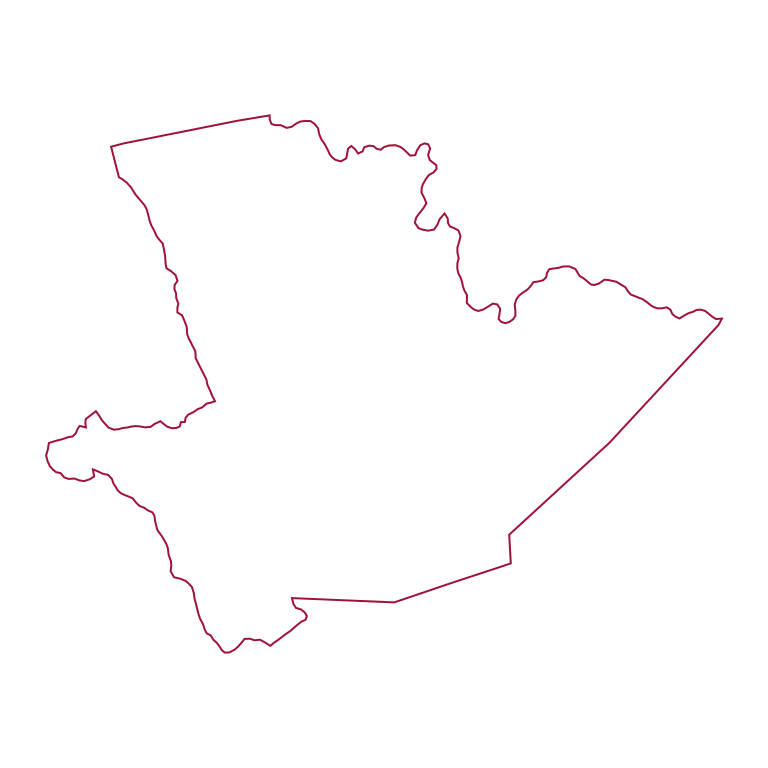 the district of Itaeté, Bahia, Brazil
{"feature_id": "56859067B39579225322319", "entity_name": "Itaeté", "entity_type": "district", "adm_level": 2, "iso_a3": "BRA", "parent_name": "Brazil", "parent_adm1": "Bahia", "projection": "orthographic", "projection_center": [-41.071, -13.094], "detail": "fine", "context": "isolated", "style": "outline", "palette": "rose", "viewbox_px": 768, "rotation_deg": 0, "n_neighbors": 0, "source": "geoboundaries", "source_scale": "gbopen_adm2", "svg_char_len": 4165}
<svg xmlns="http://www.w3.org/2000/svg" viewBox="0 0 768 768"><path d="M85.8,419.0L85.3,422.9L85.9,427.4L79.7,425.9L77.5,429.1L75.9,433.1L72.7,436.4L67.7,437.3L62.0,439.3L56.3,440.7L48.9,443.0L47.7,450.2L46.1,455.4L47.5,460.9L49.9,466.3L53.3,469.9L56.3,472.3L60.5,473.0L64.1,477.3L68.4,478.9L74.7,478.6L79.3,480.4L84.1,481.1L89.7,479.3L94.1,476.5L92.9,469.4L97.7,471.3L102.7,473.7L108.3,475.0L111.9,478.9L113.5,483.6L115.9,487.2L117.7,490.4L120.8,493.2L124.9,495.1L128.5,496.5L132.7,498.3L136.1,502.7L139.5,505.9L144.3,507.8L148.1,510.5L152.3,512.3L154.4,515.6L155.0,520.6L156.1,525.3L157.5,530.3L161.8,536.1L164.7,540.9L166.6,544.5L167.9,548.5L168.7,555.2L171.0,561.3L171.3,565.4L170.6,571.2L174.1,577.3L179.9,578.6L185.4,580.8L188.3,583.1L191.9,587.0L193.8,593.0L194.6,599.1L196.0,604.0L197.1,608.7L198.4,613.8L200.2,619.0L203.1,624.3L204.8,629.8L206.8,633.4L210.7,635.4L213.5,639.9L216.8,642.8L219.5,646.5L221.9,650.2L224.7,652.6L229.6,652.4L234.6,649.6L237.6,647.1L240.6,643.8L244.6,638.9L250.0,638.7L254.5,640.3L260.0,639.7L265.6,642.8L270.3,645.8L274.2,642.6L278.7,639.5L281.9,637.0L286.0,633.9L290.5,630.9L296.1,625.9L301.3,621.7L305.5,619.8L306.9,616.1L304.7,612.4L301.1,609.5L295.9,607.9L293.4,603.8L292.0,598.1L394.2,602.4L447.5,584.3L510.8,563.4L509.2,534.7L609.6,442.6L718.5,325.0L721.9,318.6L715.9,319.0L711.9,316.4L708.7,313.8L704.9,310.8L700.3,309.6L696.5,310.0L692.9,311.8L688.5,313.2L684.1,315.6L679.5,318.5L675.3,316.5L672.3,314.0L670.4,309.7L666.6,307.3L662.2,308.3L657.0,308.3L652.0,306.2L646.5,301.8L642.2,299.0L638.0,297.4L634.3,295.9L630.7,294.5L627.8,291.0L625.2,287.1L621.5,284.9L616.2,281.7L608.8,280.1L604.4,279.7L598.8,283.6L594.4,285.0L590.8,284.4L586.0,280.3L583.0,277.9L579.6,276.0L575.4,269.0L569.1,266.4L563.0,266.5L558.2,267.9L554.3,268.4L549.3,269.2L547.0,272.9L546.2,277.2L543.2,280.2L538.2,281.5L533.4,282.1L530.6,286.2L527.6,289.4L523.2,292.4L519.0,295.6L516.4,299.3L514.7,304.6L515.4,310.8L515.4,315.7L513.0,319.4L509.0,322.1L505.2,323.2L501.2,321.9L498.6,319.0L499.4,314.5L500.2,308.9L497.2,304.4L492.8,303.6L489.2,305.9L483.8,309.3L478.4,311.0L474.6,309.8L471.3,307.5L466.8,303.0L467.0,295.2L464.2,290.1L462.9,286.2L461.9,281.4L460.6,277.6L458.2,273.0L457.3,268.4L457.4,263.2L458.7,258.5L457.4,252.3L457.4,247.6L459.3,241.2L460.5,236.1L458.4,230.4L453.7,227.9L450.1,226.6L448.1,223.3L447.7,218.4L444.5,213.5L439.7,219.1L437.5,224.5L434.2,229.5L428.1,230.7L421.9,229.5L418.5,228.1L414.9,222.9L416.1,217.8L418.2,214.7L423.5,208.1L426.4,203.3L424.6,198.7L421.5,192.6L421.7,187.8L422.9,184.3L425.7,179.3L428.9,175.0L433.3,172.6L436.5,169.0L436.3,165.1L433.1,162.8L429.7,159.9L428.1,155.0L430.1,148.4L428.2,144.3L424.5,143.4L420.3,145.2L416.9,150.5L415.3,155.1L410.2,155.6L406.9,152.4L403.9,149.5L400.5,147.0L395.5,145.2L389.1,145.5L384.1,147.0L380.7,149.7L376.9,148.9L373.5,146.2L369.5,145.6L364.3,147.2L362.5,151.5L358.1,153.5L355.3,149.5L351.3,146.0L348.1,148.6L347.3,152.8L346.3,158.3L340.9,161.4L335.5,159.9L332.1,157.3L329.7,154.2L327.5,149.4L324.5,143.8L321.7,140.0L319.3,134.5L318.0,128.2L314.3,123.6L310.5,121.1L305.5,120.9L300.1,121.6L295.8,123.8L291.9,126.7L286.7,127.9L280.5,125.1L274.9,125.1L271.4,123.9L269.7,119.3L269.6,115.4L236.7,120.9L123.7,143.4L111.1,146.7L118.9,177.2L122.5,179.3L126.7,182.6L131.3,187.7L133.7,191.8L136.1,195.3L140.1,200.0L144.4,205.1L146.5,208.8L148.3,215.1L149.7,221.1L151.5,225.7L154.0,230.3L156.7,236.3L159.3,239.7L162.7,243.5L163.9,249.2L165.1,255.6L165.6,263.6L166.5,268.3L171.1,271.2L175.6,275.1L177.5,281.0L174.7,284.8L174.4,289.1L176.0,293.2L176.3,298.3L178.4,303.6L177.4,307.5L177.4,312.4L182.0,315.3L184.4,320.7L186.7,326.8L187.1,333.9L188.9,338.9L190.8,342.2L192.6,346.1L195.1,350.6L195.6,354.3L195.6,358.1L206.4,379.5L207.4,384.7L210.2,390.8L212.1,395.6L215.0,401.2L210.8,402.7L206.6,403.6L202.0,407.5L197.4,409.3L193.4,412.2L188.2,414.6L185.6,417.9L184.8,422.0L180.8,422.2L179.8,426.5L176.2,428.0L171.8,428.2L166.8,426.5L160.4,421.2L154.8,423.8L150.6,426.9L145.3,427.4L139.7,426.4L135.7,426.1L131.5,426.5L127.9,427.4L122.8,428.0L118.6,429.2L113.9,429.7L108.5,427.6L104.6,423.3L101.6,419.8L99.2,415.7L95.9,411.2L85.8,419.0Z" fill="none" stroke="#9f1239" stroke-width="2"/></svg>